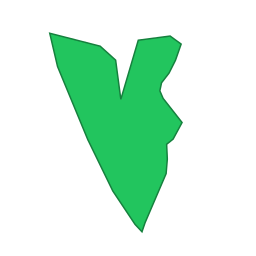 map outline of Basel-Stadt (Natural Earth projection), rotated 262°
{"feature_id": "CHE-3425", "entity_name": "Basel-Stadt", "entity_type": "Canton", "adm_level": 1, "iso_a3": "CHE", "parent_name": "Switzerland", "parent_adm1": "", "projection": "natural_earth1", "projection_center": [7.602, 47.563], "detail": "fine", "context": "isolated", "style": "filled", "palette": "green", "viewbox_px": 256, "rotation_deg": 262, "n_neighbors": 0, "source": "natural_earth", "source_scale": "10m", "svg_char_len": 472}
<svg xmlns="http://www.w3.org/2000/svg" viewBox="0 0 256 256"><g transform="rotate(262 128 128)"><path d="M232.7,63.7L212.9,111.8L196.9,125.2L161.3,124.9L157.4,124.9L213.5,150.4L213.2,182.5L203.7,192.3L188.4,184.4L176.7,176.3L168.1,167.5L160.4,164.7L152.4,166.9L125.9,182.3L110.7,171.1L106.5,164.0L91.7,162.6L77.5,159.4L31.8,131.7L23.3,127.4L31.5,121.6L67.7,104.2L120.8,87.0L121.6,86.7L198.6,66.8L232.7,63.7Z" fill="#22c55e" stroke="#15803d" stroke-width="1.5"/></g></svg>